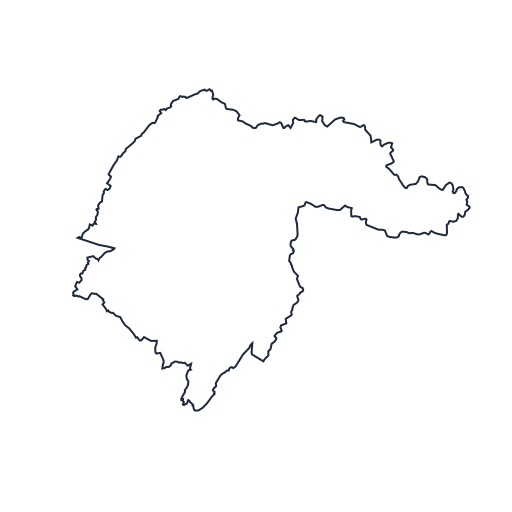 Kota Sukabumi, Jawa Barat, Indonesia, rotated 207°
{"feature_id": "22746128B82825120895999", "entity_name": "Kota Sukabumi", "entity_type": "district", "adm_level": 2, "iso_a3": "IDN", "parent_name": "Indonesia", "parent_adm1": "Jawa Barat", "projection": "mercator", "projection_center": [106.928, -6.936], "detail": "fine", "context": "isolated", "style": "outline", "palette": "slate", "viewbox_px": 512, "rotation_deg": 207, "n_neighbors": 0, "source": "geoboundaries", "source_scale": "gbopen_adm2", "svg_char_len": 6108}
<svg xmlns="http://www.w3.org/2000/svg" viewBox="0 0 512 512"><g transform="rotate(207 256 256)"><path d="M255.4,93.7L253.9,93.1L253.7,90.5L252.7,90.4L250.6,93.2L251.0,96.8L249.8,96.9L248.9,96.1L244.4,94.8L244.6,93.9L243.5,93.4L241.4,90.9L240.0,90.7L237.2,92.2L234.6,96.6L232.8,102.3L231.3,111.4L230.3,114.2L231.1,114.5L231.1,116.0L233.6,116.8L233.5,119.0L232.4,121.8L234.1,124.6L233.5,132.9L232.7,135.6L231.0,137.9L229.9,140.7L228.3,141.6L228.7,143.5L228.0,145.3L227.1,146.0L225.3,145.8L224.0,148.5L222.9,162.3L220.3,170.8L220.4,174.5L219.7,176.6L215.9,167.5L214.8,166.5L201.6,165.5L201.5,167.9L199.8,173.0L201.8,176.7L200.8,179.3L202.2,184.9L200.6,188.2L200.2,191.0L200.9,192.4L202.9,192.8L203.3,193.4L202.2,197.3L199.1,200.4L199.1,201.0L201.9,203.5L202.2,205.5L198.4,209.7L201.0,213.5L197.7,219.0L197.6,220.3L199.1,221.6L199.4,222.6L199.2,224.8L199.9,226.0L200.3,229.5L198.4,232.8L198.0,234.9L198.2,236.1L201.2,239.0L199.9,242.3L200.0,243.3L198.4,245.8L198.6,247.4L200.1,248.7L202.2,248.5L203.8,249.5L209.2,254.2L209.5,257.3L215.1,259.3L218.8,262.4L219.5,263.7L221.0,264.4L222.1,265.8L224.2,266.6L226.1,271.9L225.7,273.5L224.3,275.3L224.5,277.5L224.9,278.0L225.7,277.9L225.9,279.1L229.4,280.5L230.4,281.7L231.2,284.5L231.3,285.8L228.5,288.3L228.1,292.0L228.9,294.5L234.1,303.3L237.6,307.3L238.4,313.6L240.2,318.7L236.2,322.3L235.8,323.9L236.2,326.2L235.3,327.0L230.7,327.4L225.4,326.8L223.2,327.9L219.5,332.0L218.1,332.1L215.8,331.0L213.1,331.2L204.1,333.9L202.0,335.3L199.6,341.3L196.9,341.1L192.4,342.1L191.7,339.3L189.2,334.8L188.2,334.8L185.8,336.5L181.3,337.9L179.6,336.5L178.5,336.4L175.4,338.9L174.2,338.8L173.4,335.8L171.8,333.9L159.1,335.0L154.6,337.0L152.7,337.2L148.3,333.4L145.6,333.6L140.2,335.6L138.3,337.1L137.7,338.9L138.2,340.0L137.8,342.4L136.7,344.2L132.6,345.7L129.6,345.9L127.0,347.7L121.5,348.7L119.6,349.9L117.0,352.9L115.3,353.5L112.3,353.4L111.6,354.8L111.7,356.8L111.1,357.9L107.8,357.7L104.3,358.2L96.9,360.2L96.0,361.5L96.2,363.1L100.2,370.5L99.2,372.1L99.6,374.6L99.0,375.3L95.7,376.1L93.6,378.2L93.2,380.9L95.0,384.8L94.8,385.5L90.7,384.3L89.1,385.1L88.7,386.9L89.6,390.6L88.1,393.3L87.5,396.0L88.3,396.9L91.5,397.3L92.4,400.3L94.1,401.7L93.6,403.9L94.3,405.8L96.0,406.0L98.0,407.1L99.3,408.7L102.1,410.7L103.6,411.0L106.5,409.1L107.4,406.8L107.0,405.5L107.4,402.3L108.8,401.8L109.9,402.5L110.3,404.9L112.7,408.1L114.8,409.4L116.9,409.4L119.0,405.4L119.6,399.7L120.8,399.2L123.6,399.4L128.3,400.6L135.1,397.9L136.2,398.6L138.5,402.2L141.2,403.0L144.7,402.1L146.0,400.6L145.5,396.1L146.4,392.7L151.1,389.4L152.4,387.4L152.6,384.8L153.9,384.5L155.9,385.1L163.5,389.4L165.5,391.5L167.8,392.2L169.6,391.1L177.1,394.1L180.5,394.6L180.8,396.2L177.3,399.9L176.1,402.3L176.4,403.1L182.9,408.1L183.0,409.1L181.7,412.2L182.4,413.2L185.0,414.0L185.8,418.2L188.2,417.8L189.8,416.7L192.6,413.2L193.4,410.9L194.8,411.1L196.4,412.9L197.4,415.2L198.6,415.7L201.0,414.7L204.8,409.6L208.5,415.2L216.0,418.1L217.8,420.9L219.1,421.6L219.8,421.3L220.9,419.1L222.2,418.1L228.5,418.1L238.4,415.2L239.7,415.8L239.4,417.9L240.7,418.8L243.7,417.6L247.5,413.6L251.3,403.7L254.1,403.8L258.4,406.3L260.0,410.5L262.9,410.6L263.7,408.9L264.3,405.3L264.3,404.5L263.4,403.7L263.3,402.5L268.9,401.1L272.1,398.6L273.8,398.2L274.2,399.0L275.1,399.1L279.3,396.7L284.2,396.9L285.0,394.4L283.3,391.3L283.3,385.8L286.7,387.2L288.5,384.5L288.9,382.9L289.8,382.5L294.0,386.0L295.7,385.9L296.8,383.9L300.4,380.1L308.4,378.5L310.3,376.7L311.4,376.4L313.8,373.4L314.3,370.1L315.5,369.2L317.3,368.8L319.8,369.6L325.1,369.3L328.7,369.9L333.6,368.7L334.6,370.3L334.6,374.0L339.1,376.1L343.0,375.9L348.7,373.7L349.9,374.1L352.5,377.2L353.5,377.5L356.6,377.3L362.2,378.2L364.5,377.3L365.0,376.1L365.5,376.0L366.5,376.9L367.5,380.6L369.6,382.7L370.4,383.4L371.2,382.7L373.1,383.5L374.9,380.8L376.8,380.5L377.3,380.9L379.1,379.2L381.1,376.8L381.5,374.6L384.0,372.1L389.3,365.5L389.8,365.1L391.1,365.7L392.9,365.2L393.7,364.3L396.0,364.2L396.6,362.8L396.4,360.9L400.3,356.4L400.7,352.9L400.5,351.8L399.6,351.1L399.6,349.8L402.1,347.2L402.7,345.0L404.5,345.4L405.5,344.1L407.3,343.1L407.7,341.6L405.3,340.3L407.2,336.1L406.6,335.5L406.4,329.0L407.1,328.1L408.6,327.8L410.4,324.4L412.2,314.8L413.2,313.0L412.9,311.0L416.6,305.7L416.2,303.7L416.8,301.1L420.6,292.2L420.0,290.0L421.4,286.3L421.2,285.1L422.0,282.7L423.8,282.3L423.3,277.9L424.1,273.0L424.5,262.2L423.9,261.5L421.3,261.0L421.0,258.5L421.7,253.2L417.3,252.4L417.0,249.4L418.3,247.3L420.4,247.6L420.8,246.8L421.0,244.3L420.0,242.8L420.4,240.7L418.0,234.6L419.4,232.5L419.6,229.3L417.7,226.6L419.2,225.6L419.3,224.9L417.1,223.7L416.6,222.9L416.0,220.4L416.4,217.8L415.0,215.9L415.2,213.4L413.2,212.0L415.3,211.3L415.4,208.9L418.4,208.7L417.4,204.9L417.8,204.3L417.6,203.3L419.3,200.7L420.4,197.4L419.7,193.1L422.2,192.6L423.1,191.2L400.9,194.6L392.8,197.0L385.6,198.6L385.8,197.4L388.1,194.0L390.2,192.8L392.2,190.0L393.5,184.9L394.4,183.3L394.4,180.6L395.2,181.2L398.1,181.1L400.9,182.0L405.5,178.0L404.4,176.2L402.5,175.7L402.9,173.9L401.8,173.0L402.9,170.7L402.2,168.8L402.8,167.7L401.8,166.4L403.1,164.4L402.8,161.6L404.0,161.0L404.4,159.9L403.9,158.3L401.3,156.9L400.5,155.2L401.4,152.0L403.7,151.5L403.4,147.0L400.0,145.2L402.4,141.2L401.9,139.5L400.7,138.7L400.9,137.9L399.3,137.9L398.1,139.2L395.6,139.3L395.2,140.0L388.5,140.2L386.4,141.1L386.0,146.3L385.3,148.4L382.7,148.9L381.4,149.8L372.5,148.1L372.7,147.3L370.0,145.7L370.8,143.2L365.0,140.4L363.9,139.1L362.8,140.4L361.5,139.6L359.0,139.7L357.6,140.4L353.7,139.2L349.2,139.9L345.2,137.0L340.9,134.8L336.4,134.0L329.7,131.1L325.8,128.7L325.1,129.7L321.1,127.9L319.9,128.8L318.9,132.9L310.9,132.7L305.9,135.4L304.8,132.9L304.3,129.0L302.2,124.9L300.6,123.8L297.3,126.2L291.0,121.0L289.7,118.8L289.9,117.5L288.3,113.2L286.3,114.9L285.7,116.3L283.3,117.6L282.3,119.8L282.6,121.5L280.4,125.1L278.0,126.1L276.1,126.0L274.8,127.1L272.9,127.3L271.0,128.5L267.0,127.3L264.9,130.5L263.7,125.4L262.5,125.1L264.4,123.1L263.8,117.8L261.6,114.8L259.5,113.8L258.2,110.9L257.9,107.9L258.5,103.9L257.5,102.7L257.9,96.5L257.5,94.1L257.2,93.8L256.0,95.3L255.4,93.7Z" fill="none" stroke="#1e293b" stroke-width="2"/></g></svg>